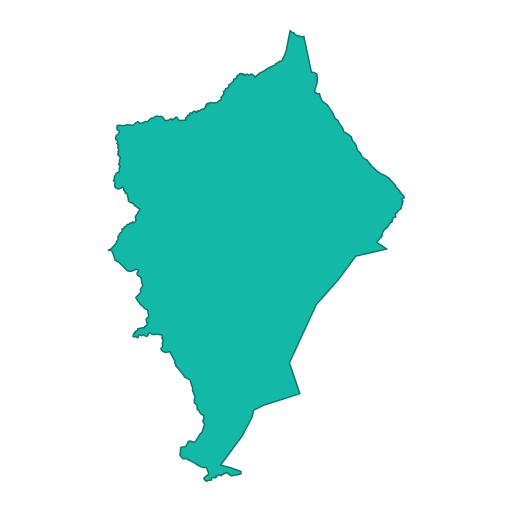 outline of Totoltepec de Guerrero, Puebla, Mexico
{"feature_id": "50627088B53187609917147", "entity_name": "Totoltepec de Guerrero", "entity_type": "district", "adm_level": 2, "iso_a3": "MEX", "parent_name": "Mexico", "parent_adm1": "Puebla", "projection": "albers", "projection_center": [-97.868, 18.283], "detail": "fine", "context": "isolated", "style": "filled", "palette": "teal", "viewbox_px": 512, "rotation_deg": 0, "n_neighbors": 0, "source": "geoboundaries", "source_scale": "gbopen_adm2", "svg_char_len": 6053}
<svg xmlns="http://www.w3.org/2000/svg" viewBox="0 0 512 512"><path d="M386.6,249.0L376.7,242.3L382.1,236.0L381.7,235.2L382.1,234.8L382.6,232.8L384.1,230.0L385.4,228.9L385.7,228.1L386.7,228.1L391.0,221.7L391.5,222.3L392.0,222.0L392.3,220.2L393.0,218.7L393.2,217.5L394.9,217.5L395.8,216.8L395.4,213.6L397.0,212.7L398.7,210.1L401.1,208.7L401.2,206.9L402.2,204.0L402.6,203.7L402.6,203.3L401.9,202.4L402.2,201.6L402.5,201.1L403.0,201.1L401.8,198.8L404.1,198.0L404.1,196.5L401.2,193.5L399.2,190.5L396.0,187.0L395.4,185.3L388.7,178.0L385.3,175.7L381.1,173.9L377.0,171.2L375.1,169.1L371.6,166.0L367.1,160.2L364.9,159.1L362.0,156.6L360.5,153.4L357.4,150.1L356.1,145.3L355.0,143.4L353.4,141.9L351.9,139.3L351.5,136.9L347.2,133.6L344.1,131.9L343.4,131.0L342.9,128.7L341.7,126.5L339.4,123.6L338.2,120.7L335.2,118.5L332.7,112.9L327.0,104.6L322.8,101.7L321.4,99.8L319.4,93.6L318.3,93.8L316.7,93.4L314.9,91.6L314.8,89.3L315.2,89.1L316.4,84.7L316.9,84.0L317.5,77.6L317.2,76.7L316.5,76.3L317.0,75.4L317.0,74.4L316.0,73.5L313.1,72.3L312.0,72.3L311.3,71.7L303.8,36.4L303.2,36.8L301.7,36.7L296.3,35.3L294.3,33.8L293.8,32.7L291.8,32.5L291.2,31.4L290.1,30.7L286.1,51.1L284.2,56.1L281.6,61.2L280.1,61.2L278.5,62.0L277.6,62.9L275.5,63.8L275.6,64.4L274.3,65.4L270.3,67.0L265.3,69.9L264.8,70.6L262.7,71.5L262.3,72.1L260.3,72.6L255.2,76.9L252.4,74.4L251.7,74.2L250.8,74.1L249.7,75.4L249.0,75.6L248.1,74.5L246.7,74.2L246.1,74.4L245.7,75.3L244.8,75.5L244.4,75.5L243.8,73.9L243.0,74.0L242.1,74.6L241.9,73.7L240.3,73.5L239.6,73.8L238.6,75.1L237.4,75.4L236.7,77.5L235.6,78.8L233.9,79.1L233.0,81.8L232.2,82.2L230.3,84.3L229.0,84.6L228.9,86.8L228.0,87.4L227.7,88.1L225.7,88.6L224.7,91.0L223.4,91.7L224.0,93.3L221.9,96.6L220.9,97.4L221.6,98.6L220.7,100.0L219.8,100.3L216.6,102.8L211.8,102.9L210.7,102.4L209.8,103.1L207.8,103.3L207.7,104.1L206.6,104.0L206.6,104.6L205.9,105.1L205.8,106.9L205.2,107.1L205.2,107.8L204.5,108.9L202.3,109.1L200.7,109.9L199.5,111.0L197.9,110.7L197.2,112.4L196.1,112.4L196.0,111.7L194.3,111.2L193.2,111.6L192.7,112.8L190.9,112.9L189.7,113.3L189.5,113.5L189.6,115.2L189.1,115.5L187.7,115.3L187.4,116.5L185.6,118.0L185.7,120.4L184.2,120.2L179.2,120.5L176.6,117.1L175.7,117.3L174.7,118.6L173.7,118.8L172.4,119.8L172.0,119.9L171.0,118.7L168.2,120.3L165.4,120.6L165.0,120.4L162.7,117.1L160.8,116.3L159.8,116.6L156.7,116.1L155.3,116.6L153.1,118.0L151.1,118.2L147.5,121.7L145.1,121.6L142.7,123.0L139.8,123.3L138.1,121.8L137.5,121.8L135.3,123.1L133.6,125.1L132.5,125.6L130.7,124.8L128.9,125.1L127.2,124.5L124.0,125.8L119.5,125.2L117.1,125.6L116.9,129.1L117.9,130.3L119.2,130.7L119.3,132.6L118.6,133.1L117.9,134.6L116.8,135.0L116.3,135.6L115.5,138.4L116.0,139.8L117.0,139.9L117.7,141.8L116.9,143.4L118.5,145.2L117.8,146.4L117.8,147.5L118.9,150.1L118.1,151.4L118.2,153.1L117.7,154.5L120.4,157.5L119.5,160.2L119.4,161.5L119.7,162.4L118.7,164.0L118.8,165.0L120.2,166.3L119.8,167.5L119.2,168.0L119.3,170.1L118.8,172.1L116.2,173.3L115.8,174.7L114.4,176.5L114.4,178.3L113.9,180.3L113.5,180.6L114.8,182.0L115.1,183.1L114.6,185.8L114.8,186.7L116.4,188.4L118.5,189.0L121.5,188.0L121.9,187.1L123.1,187.4L123.9,188.8L123.6,190.0L125.4,192.3L125.3,193.1L126.9,193.5L127.5,195.1L127.6,197.1L128.7,198.9L128.2,199.4L128.5,201.0L130.3,202.5L133.1,203.3L134.3,205.2L139.8,209.2L139.2,211.0L138.1,212.0L137.7,213.6L136.4,215.0L135.4,216.6L135.3,217.5L136.0,219.9L135.6,221.5L134.1,222.5L132.5,221.9L131.9,223.2L130.1,222.9L129.0,224.4L127.3,224.4L125.6,226.5L124.1,227.1L124.1,228.5L123.6,229.2L123.0,229.3L122.7,228.9L122.1,228.9L122.2,230.1L121.8,232.0L120.3,232.9L117.8,237.1L118.2,238.3L117.8,240.3L116.5,241.4L116.1,243.4L111.1,248.9L107.9,250.4L110.5,250.4L112.0,251.0L114.2,256.8L114.9,260.0L115.7,260.7L118.9,262.2L127.5,270.9L129.9,271.3L131.2,271.2L132.6,270.9L136.2,269.2L137.8,269.5L138.2,270.5L138.1,271.5L137.2,272.6L137.0,274.2L137.8,275.5L140.5,277.1L141.2,278.4L141.9,283.3L142.9,285.6L140.8,288.6L140.5,290.0L140.7,291.2L140.2,293.1L135.8,297.5L138.0,301.3L139.2,302.3L140.2,304.3L141.2,305.3L143.4,306.6L143.6,307.6L145.1,308.7L147.3,309.7L148.1,311.4L148.1,313.5L148.8,315.9L148.1,317.4L146.6,318.3L146.1,319.2L146.6,322.2L147.6,322.9L147.1,323.7L147.4,325.0L146.5,325.2L145.7,326.4L144.6,326.5L144.4,327.8L141.7,327.8L141.2,328.2L137.9,328.6L137.8,329.9L136.6,330.9L135.7,331.2L134.9,332.5L134.6,332.5L134.8,333.5L134.0,333.6L133.2,334.7L133.2,336.7L136.3,336.8L137.2,337.6L137.9,337.7L138.8,335.2L139.3,334.8L141.5,335.7L143.4,334.8L146.0,336.3L147.3,336.0L147.8,335.7L148.1,334.3L148.6,334.1L149.0,333.0L149.5,332.8L150.7,333.0L151.6,334.0L153.5,334.7L155.8,334.1L156.9,334.4L159.2,334.0L160.0,335.0L161.7,334.7L162.3,335.7L162.5,336.8L161.9,337.3L162.0,338.2L163.1,339.9L162.9,342.2L162.2,343.1L162.7,344.8L162.7,346.6L162.3,347.4L160.8,348.4L161.7,350.4L164.8,352.4L168.1,352.0L169.6,351.5L174.9,361.1L174.6,362.7L175.5,364.2L175.8,365.9L179.6,370.0L180.8,371.8L181.4,372.1L184.8,377.2L186.2,377.5L186.7,378.3L189.8,379.6L190.2,380.0L191.8,385.9L192.6,387.4L192.6,391.3L193.4,392.1L193.5,393.3L195.1,396.7L194.2,400.2L194.4,403.0L196.4,404.5L197.1,406.2L197.2,409.4L198.6,410.2L199.8,412.5L201.4,414.5L203.8,415.3L204.0,418.8L202.9,420.3L203.0,421.8L204.5,424.4L202.1,432.0L200.1,434.0L195.5,441.5L194.2,442.4L190.8,441.1L189.9,441.0L188.1,441.5L187.5,443.4L186.2,445.9L184.7,446.8L182.0,447.0L180.6,447.7L180.4,451.9L179.9,454.3L180.3,455.6L181.7,457.6L183.1,458.7L184.4,458.9L186.4,458.5L188.5,460.1L190.5,460.6L191.5,461.5L193.2,462.2L199.7,466.3L203.3,467.6L206.3,467.4L208.5,472.7L208.6,473.8L207.7,475.2L206.0,476.1L204.0,478.1L203.9,478.6L204.4,479.7L206.6,481.3L209.2,480.1L211.1,480.3L212.1,477.7L215.6,477.7L216.1,477.4L216.1,475.9L218.6,475.5L219.4,474.8L220.2,474.9L221.2,475.7L221.4,474.9L223.3,474.3L224.3,473.3L224.9,473.4L225.0,473.1L226.8,472.8L228.6,473.9L229.4,474.8L231.7,476.0L234.3,475.1L235.8,475.1L241.0,473.8L241.0,471.5L230.6,467.7L220.6,465.1L242.2,435.9L252.2,416.8L253.6,410.2L263.5,405.3L299.8,393.6L289.6,363.3L289.6,362.4L316.2,304.7L338.5,279.5L355.8,256.1L386.6,249.0Z" fill="#14b8a6" stroke="#0f766e" stroke-width="1.5"/></svg>